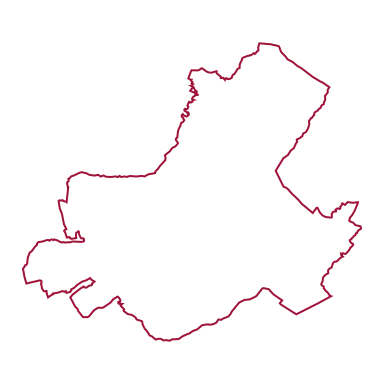 the district of Samburesti, Olt, Romania
{"feature_id": "2599482B81020237886939", "entity_name": "Samburesti", "entity_type": "district", "adm_level": 2, "iso_a3": "ROU", "parent_name": "Romania", "parent_adm1": "Olt", "projection": "albers", "projection_center": [24.401, 44.822], "detail": "fine", "context": "isolated", "style": "outline", "palette": "rose", "viewbox_px": 384, "rotation_deg": 0, "n_neighbors": 0, "source": "geoboundaries", "source_scale": "gbopen_adm2", "svg_char_len": 5902}
<svg xmlns="http://www.w3.org/2000/svg" viewBox="0 0 384 384"><path d="M172.0,339.4L178.7,339.0L182.4,336.4L187.8,333.9L189.0,333.7L193.0,330.9L197.1,329.5L201.9,325.4L206.4,324.4L210.8,324.7L213.4,324.1L216.3,322.7L218.4,319.5L221.3,319.8L223.0,318.6L228.4,316.5L230.6,313.9L231.6,311.8L239.1,302.6L244.3,300.0L249.7,299.4L255.2,296.8L256.6,295.8L262.2,288.6L263.5,288.1L268.7,289.2L273.5,294.4L282.2,300.4L279.8,303.2L280.9,304.5L296.3,314.3L317.7,303.5L331.1,296.2L329.5,295.6L329.4,294.8L327.3,292.1L325.6,290.8L324.6,289.2L323.9,288.7L323.7,286.5L321.8,285.3L321.4,284.8L321.3,283.8L322.6,281.3L322.9,278.6L323.5,276.6L324.7,275.8L325.3,274.9L328.2,273.3L328.1,270.2L329.6,268.6L331.6,267.5L332.9,263.5L333.5,262.5L334.7,261.7L336.6,261.5L341.0,257.4L342.9,256.6L341.1,254.8L341.5,254.3L341.3,253.7L342.2,254.1L342.5,253.4L342.9,253.2L344.8,253.9L345.7,253.9L349.5,249.7L350.4,247.5L350.8,247.5L352.9,245.3L353.2,244.6L353.1,244.1L351.1,242.9L349.9,241.1L349.8,240.1L351.4,239.1L351.9,238.0L352.7,237.6L354.2,235.8L355.6,234.9L355.8,233.4L357.2,232.9L357.4,231.7L358.6,230.3L361.0,228.7L360.6,226.4L355.4,225.1L353.2,222.7L349.6,221.2L349.2,220.8L349.9,217.8L352.6,214.5L354.8,210.4L357.8,203.1L357.9,202.2L352.8,202.8L347.6,202.1L345.0,204.9L341.6,202.9L342.4,204.2L340.3,206.8L340.5,207.8L340.0,208.8L339.3,209.0L338.3,208.4L336.7,208.7L335.6,209.7L336.2,210.9L335.8,211.6L334.6,211.4L332.8,212.1L332.6,212.9L331.6,214.0L332.0,216.2L331.5,217.6L325.8,217.1L322.3,215.3L319.6,212.1L317.7,208.1L317.1,207.7L316.4,208.0L312.8,213.0L301.5,203.6L298.4,199.8L292.0,193.8L287.9,189.1L285.9,187.6L283.6,186.8L275.7,170.8L283.7,157.7L284.8,157.4L286.8,155.7L287.7,155.3L290.6,150.8L293.9,148.0L295.9,143.5L297.2,141.7L296.7,140.2L296.8,139.5L299.7,138.2L302.3,136.1L303.2,133.5L305.7,132.2L306.4,131.3L307.6,129.3L308.5,127.0L309.3,124.0L309.0,121.0L309.2,120.5L310.3,119.4L310.8,118.3L312.2,117.6L313.1,116.0L314.2,115.1L314.3,113.2L314.6,112.5L317.9,110.4L319.2,108.6L320.4,108.1L321.6,105.4L323.7,104.2L324.0,102.1L325.2,99.8L325.0,95.9L327.7,92.6L327.7,89.8L329.4,87.2L323.2,82.9L319.8,81.2L312.7,76.9L301.5,68.3L297.3,65.9L292.8,62.1L287.4,59.2L286.0,57.0L281.4,52.3L280.5,50.6L279.7,48.0L278.7,46.1L270.8,44.3L259.4,43.3L258.1,47.6L258.5,49.8L258.3,50.6L257.2,51.2L255.3,53.7L254.8,53.9L253.9,53.1L250.9,55.3L249.7,55.2L248.9,55.8L247.8,55.8L242.7,57.8L241.9,59.2L241.8,60.2L240.5,62.6L239.7,64.7L239.6,68.0L237.6,68.9L234.5,74.0L233.0,74.7L232.5,75.3L231.8,77.7L230.0,78.8L228.0,79.1L226.8,78.8L226.7,78.3L225.0,78.5L224.8,79.8L223.1,77.8L220.8,78.0L220.8,76.7L216.8,73.4L216.5,72.9L216.6,71.3L214.4,71.7L211.9,72.7L208.6,72.4L206.8,71.7L202.1,68.3L201.1,68.5L199.7,69.7L197.9,70.4L191.7,70.3L191.1,71.0L188.3,78.4L190.2,79.6L191.6,79.7L191.2,80.8L192.5,82.2L191.8,83.1L192.8,83.9L191.8,84.1L192.3,85.9L191.4,86.0L193.6,87.1L194.0,88.2L192.9,88.1L191.8,88.5L190.2,90.9L194.6,92.8L195.4,91.6L194.8,89.8L196.8,91.5L196.5,93.1L195.8,93.4L197.7,94.5L197.7,95.0L196.3,95.2L195.2,94.9L194.5,96.2L193.3,96.7L192.0,98.7L192.2,99.2L193.4,99.7L192.6,99.8L192.4,100.6L192.8,101.1L192.5,101.6L190.7,102.6L190.1,102.5L189.6,101.8L189.0,101.8L187.4,105.6L188.4,106.8L187.9,108.1L187.0,109.1L186.2,109.3L185.2,108.8L184.6,109.1L184.3,110.1L184.6,110.8L187.5,112.5L188.2,112.4L188.7,113.4L188.1,113.7L188.8,114.2L188.7,114.9L187.8,115.4L187.5,116.2L186.8,116.5L184.1,115.6L182.7,114.1L181.7,115.2L181.8,116.9L183.3,117.9L183.5,119.1L184.3,120.1L182.9,122.1L181.5,122.6L181.0,123.3L180.2,126.2L179.1,128.2L178.0,131.1L177.3,137.5L176.8,137.6L175.8,139.2L176.2,140.5L177.3,141.7L178.0,143.1L177.2,144.4L175.1,146.6L172.7,147.6L171.1,149.4L170.0,151.2L165.0,155.1L165.6,158.4L165.2,160.3L159.9,166.0L158.3,168.5L155.6,171.2L155.3,171.7L155.1,173.1L148.1,174.4L144.7,176.4L141.7,175.9L136.4,176.5L129.8,176.0L126.8,176.9L124.2,176.4L121.8,177.0L121.0,176.9L119.6,175.9L117.8,177.1L115.9,176.4L110.7,177.0L105.9,176.7L103.5,175.5L100.6,176.5L98.2,174.8L94.7,175.6L90.4,175.0L88.5,174.5L87.1,173.5L81.9,172.2L79.7,172.7L74.8,175.1L71.2,176.4L69.9,177.9L68.4,178.9L68.8,179.5L68.5,180.1L68.5,181.4L67.2,182.3L67.2,184.0L67.9,187.5L68.2,187.4L66.6,202.2L65.5,201.5L63.3,201.0L62.5,200.1L61.2,200.6L59.5,200.3L58.6,201.0L59.8,208.4L62.0,214.1L64.0,224.3L66.2,228.8L66.3,229.2L65.7,229.2L64.1,230.8L65.1,232.4L66.9,237.6L69.3,237.0L70.2,237.8L70.2,238.4L71.8,238.8L76.2,238.1L76.0,236.0L76.1,233.3L76.3,232.8L78.5,231.3L78.7,231.5L79.3,234.9L80.8,238.0L81.7,238.5L83.1,238.3L83.8,238.7L84.1,240.7L83.6,241.5L81.0,241.9L72.5,241.5L70.6,242.2L64.6,242.5L63.6,242.1L62.1,242.5L59.6,241.7L57.4,240.4L54.1,239.4L53.4,240.1L52.0,239.5L50.9,239.6L49.3,240.7L48.4,240.0L46.7,240.1L42.3,241.6L38.6,242.0L37.0,243.6L36.9,245.1L35.7,245.8L31.7,251.2L29.7,252.6L27.8,257.7L27.1,263.8L26.0,265.1L25.1,265.3L24.4,266.9L23.0,268.6L24.4,276.6L26.4,283.5L39.7,280.4L41.3,280.8L41.6,282.7L41.0,283.4L41.1,284.0L42.2,288.8L43.8,291.2L46.5,291.0L46.7,292.4L46.5,292.6L48.1,297.4L52.2,294.5L53.1,294.3L53.0,293.5L58.3,292.6L62.2,291.1L64.4,291.7L65.8,291.1L66.2,292.7L66.4,292.9L70.4,291.9L70.8,290.7L71.2,290.4L71.2,289.4L73.9,288.0L77.4,284.8L82.0,281.7L86.2,280.3L90.1,278.1L91.5,279.8L94.5,281.5L92.0,283.6L92.1,284.7L91.7,285.1L88.8,285.9L86.8,287.4L87.2,287.6L84.6,287.5L83.7,286.5L80.3,288.6L72.7,294.6L70.3,297.4L75.1,306.5L77.3,308.6L78.4,311.3L83.0,317.1L87.6,317.1L89.0,316.4L94.1,310.2L98.3,307.6L101.2,307.9L103.3,307.5L110.4,302.7L113.4,299.1L117.6,296.6L118.9,297.7L120.3,299.9L120.3,301.1L118.3,302.0L118.4,303.4L119.1,303.8L119.9,303.1L121.1,304.0L122.2,304.0L120.6,305.5L120.8,306.0L124.2,309.3L123.6,310.6L123.8,311.1L127.7,314.0L132.0,315.0L133.7,316.1L135.6,317.5L136.6,319.5L141.7,321.1L142.2,321.8L142.7,324.7L144.8,328.8L147.0,331.1L149.6,335.4L151.7,336.2L155.8,339.6L157.2,339.0L160.0,338.7L161.8,339.3L163.2,340.4L166.5,340.1L169.1,340.7L170.4,340.4L172.0,339.4Z" fill="none" stroke="#9f1239" stroke-width="2"/></svg>